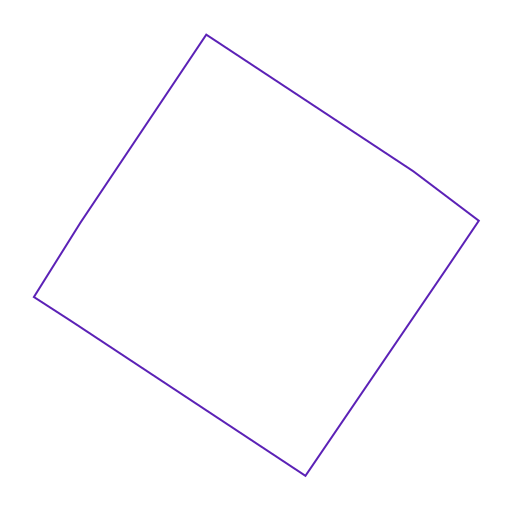 outline of Jasper, Illinois, United States of America, rotated 214°
{"feature_id": "52423323B45036173562792", "entity_name": "Jasper", "entity_type": "district", "adm_level": 2, "iso_a3": "USA", "parent_name": "United States of America", "parent_adm1": "Illinois", "projection": "robinson", "projection_center": [-88.173, 39.011], "detail": "fine", "context": "isolated", "style": "outline", "palette": "violet", "viewbox_px": 512, "rotation_deg": 214, "n_neighbors": 0, "source": "geoboundaries", "source_scale": "gbopen_adm2", "svg_char_len": 268}
<svg xmlns="http://www.w3.org/2000/svg" viewBox="0 0 512 512"><g transform="rotate(214 256 256)"><path d="M91.0,353.0L91.0,409.8L172.9,414.2L421.0,411.7L420.2,185.8L417.2,97.8L371.7,98.7L92.1,101.4L91.0,353.0Z" fill="none" stroke="#5b21b6" stroke-width="2"/></g></svg>